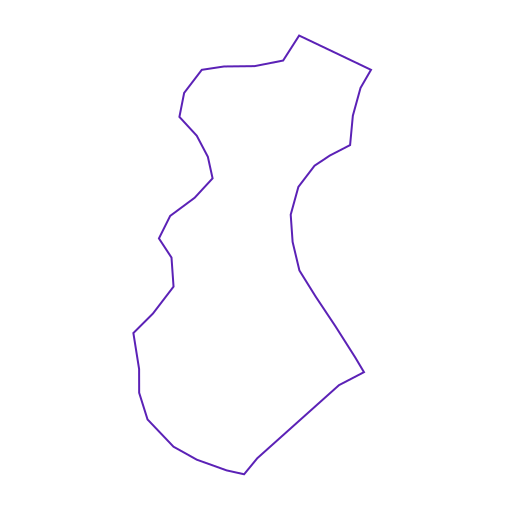 outline of Central Singapore, rotated 356°
{"feature_id": "SGP-4871", "entity_name": "Central Singapore", "entity_type": "state/province", "adm_level": 1, "iso_a3": "SGP", "parent_name": "Singapore", "parent_adm1": "", "projection": "robinson", "projection_center": [103.856, 1.349], "detail": "fine", "context": "isolated", "style": "outline", "palette": "violet", "viewbox_px": 512, "rotation_deg": 356, "n_neighbors": 0, "source": "natural_earth", "source_scale": "10m", "svg_char_len": 650}
<svg xmlns="http://www.w3.org/2000/svg" viewBox="0 0 512 512"><g transform="rotate(356 256 256)"><path d="M355.6,379.4L329.8,390.6L243.2,457.8L228.9,472.9L211.7,467.8L182.8,455.1L160.4,440.5L136.4,411.5L129.9,384.3L131.5,360.6L128.3,324.3L149.2,306.2L171.6,280.8L171.6,251.7L160.4,231.7L173.2,210.0L198.9,193.6L218.1,175.5L214.9,153.7L205.3,131.9L189.3,111.9L195.7,88.3L214.9,66.5L237.4,64.7L267.8,66.5L296.7,62.9L314.4,39.1L383.7,78.3L372.0,95.6L362.4,122.8L357.6,151.9L336.7,160.9L320.7,170.0L303.1,190.0L293.5,217.2L293.5,244.5L298.3,273.5L312.7,300.7L330.3,331.6L348.0,364.3L355.6,379.4Z" fill="none" stroke="#5b21b6" stroke-width="2"/></g></svg>